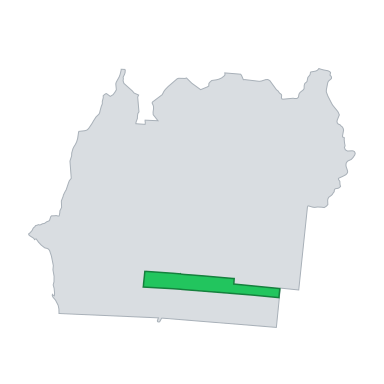 Delgo, Northern, Sudan shown in context, rotated 184°
{"feature_id": "16777658B54397395103229", "entity_name": "Delgo", "entity_type": "district", "adm_level": 2, "iso_a3": "SDN", "parent_name": "Sudan", "parent_adm1": "Northern", "projection": "albers", "projection_center": [29.933, 20.083], "detail": "fine", "context": "in_parent", "style": "filled", "palette": "green", "viewbox_px": 384, "rotation_deg": 184, "n_neighbors": 0, "source": "geoboundaries", "source_scale": "gbopen_adm2", "svg_char_len": 4201}
<svg xmlns="http://www.w3.org/2000/svg" viewBox="0 0 384 384"><g transform="rotate(184 192 192)"><path d="M271.2,309.5L267.5,309.6L267.1,308.8L267.1,306.4L267.5,304.7L268.7,301.8L268.4,300.3L268.5,298.1L267.5,295.6L258.5,288.6L256.7,286.7L252.0,285.0L252.8,282.9L250.5,268.2L251.5,266.5L251.7,263.9L251.6,261.6L252.7,257.8L252.8,256.2L243.5,256.2L243.4,257.9L243.8,259.7L243.8,260.4L230.9,260.7L236.1,266.4L236.4,268.9L236.2,272.1L236.3,274.1L236.6,275.4L238.0,278.0L237.9,278.5L237.6,279.1L228.5,287.0L227.0,290.5L225.8,292.4L223.1,295.6L214.7,303.9L213.3,304.5L206.8,304.8L206.2,305.0L205.7,305.4L205.4,305.3L199.8,300.5L190.5,294.7L184.4,297.7L182.7,298.8L182.7,301.6L181.7,303.0L180.1,304.6L175.5,305.6L173.1,306.4L170.3,307.9L167.5,310.5L167.3,311.9L167.6,313.1L151.8,312.9L150.8,311.9L148.6,307.6L147.0,307.8L132.6,307.1L130.6,307.5L126.4,309.2L124.3,309.5L122.2,308.6L114.9,299.9L113.3,298.9L111.6,296.8L110.0,295.8L109.5,295.2L109.3,294.3L109.4,292.4L108.9,291.2L107.8,290.9L97.6,292.6L96.2,292.4L94.0,292.6L93.3,293.0L92.4,294.1L92.2,296.4L91.9,297.6L91.1,298.9L88.1,301.7L87.4,302.9L87.5,306.1L87.2,307.7L86.8,308.4L85.5,309.6L85.0,310.3L84.4,314.4L82.7,316.8L82.3,317.7L82.2,319.5L81.9,320.0L77.2,321.2L75.5,322.1L74.4,323.4L74.1,324.0L72.1,323.5L69.6,323.0L64.8,322.4L63.0,321.7L62.1,320.7L62.5,318.2L62.0,317.7L61.3,317.2L60.8,316.1L60.9,314.8L63.6,312.1L64.2,310.6L65.1,303.4L65.0,301.2L63.1,297.1L58.8,290.0L57.8,288.5L52.3,282.6L51.7,281.7L50.4,279.2L52.1,274.0L52.3,272.5L51.9,271.0L50.6,269.8L49.3,269.6L47.7,268.1L46.6,267.4L45.7,266.1L45.1,264.3L45.8,258.1L45.5,257.3L44.1,257.0L43.8,256.5L43.9,255.3L43.3,251.7L42.5,248.7L43.1,247.1L42.0,244.8L39.7,243.7L35.1,244.3L33.7,244.1L32.8,243.6L32.2,242.7L31.9,241.8L32.2,240.3L33.7,237.7L35.4,235.6L38.7,233.8L39.6,232.7L40.2,231.6L40.3,230.2L40.2,228.8L39.8,227.5L39.0,225.7L38.2,223.6L38.2,222.3L38.7,221.3L39.6,220.1L42.9,218.0L46.3,216.2L46.9,215.5L46.7,214.7L45.3,213.0L44.9,209.9L44.2,207.8L45.9,206.2L47.2,205.7L49.1,205.3L49.9,204.6L50.2,203.3L50.2,202.1L50.9,201.2L51.9,199.3L52.7,198.4L55.3,196.2L55.9,194.7L56.1,193.3L55.6,188.9L57.1,187.1L59.0,185.7L61.6,185.9L65.7,185.8L68.6,185.2L70.5,185.3L75.0,186.3L75.5,186.0L75.8,184.8L78.7,101.7L97.0,102.3L97.2,102.2L98.4,62.8L212.5,64.1L213.5,64.0L215.2,60.3L216.0,60.0L217.2,60.2L217.6,61.0L216.7,64.1L316.2,61.5L316.6,66.0L317.6,69.6L320.6,74.6L323.2,77.2L324.1,78.7L324.2,79.4L324.1,80.1L323.4,79.4L322.1,78.9L322.0,81.3L322.8,86.2L324.0,89.6L323.4,92.9L323.7,98.3L325.3,104.7L325.2,108.9L327.8,118.4L330.0,123.7L331.2,125.0L332.5,125.6L335.0,126.0L338.7,128.5L341.7,131.3L342.8,132.7L344.2,134.3L345.2,134.0L345.7,133.5L346.7,134.8L351.4,137.4L352.1,138.7L350.6,140.1L348.8,142.5L348.0,144.6L347.5,145.3L346.1,146.7L345.9,147.4L345.2,147.8L344.5,147.9L343.0,148.7L341.6,148.5L340.2,149.0L339.7,149.5L338.6,150.0L337.1,150.3L334.8,152.2L332.8,153.1L332.1,153.9L331.2,157.5L330.5,158.4L327.4,158.7L325.9,159.0L323.9,158.7L322.9,158.8L322.7,159.6L322.4,162.6L322.5,163.9L321.0,167.5L321.7,173.9L320.2,178.8L320.1,179.9L318.5,183.8L317.7,185.3L315.8,192.6L315.1,194.8L313.4,197.2L315.9,214.3L314.6,219.6L314.7,222.5L313.8,226.8L313.0,228.8L311.7,231.2L310.6,233.9L309.8,237.4L309.3,244.0L309.0,244.6L303.5,245.6L301.7,246.2L300.6,246.9L299.2,248.7L296.5,253.4L295.1,256.3L292.9,260.3L290.3,263.1L289.7,264.4L289.3,266.9L288.5,270.9L287.6,273.7L287.8,276.0L287.1,279.9L287.3,281.8L286.3,282.9L285.1,283.9L284.2,284.2L280.2,281.7L277.5,283.6L275.9,286.1L274.6,288.7L275.5,294.1L275.5,295.2L275.1,296.5L272.6,301.9L271.9,304.3L271.2,308.5L271.2,309.5Z" fill="#d9dde1" stroke="#a8b0b8" stroke-width="1"/><path d="M234.0,93.8L233.3,93.8L204.2,94.2L198.1,94.2L196.3,94.2L196.1,94.2L195.6,94.1L124.4,93.4L97.9,92.7L97.9,94.5L97.7,99.9L97.7,101.0L97.7,101.8L143.9,103.1L143.9,108.6L144.0,108.6L145.2,108.6L146.3,108.6L174.6,109.1L176.2,109.1L186.3,109.2L193.9,109.2L197.2,109.3L197.5,109.5L197.8,109.7L198.0,109.5L204.8,109.6L211.2,109.6L211.9,109.6L216.9,109.6L217.7,109.6L227.3,109.6L231.8,109.6L232.9,109.5L233.5,109.5L233.5,108.5L233.6,106.9L233.6,105.5L233.8,99.8L233.8,99.6L233.9,98.0L233.9,96.9L233.9,95.0L234.0,93.8Z" fill="#22c55e" stroke="#15803d" stroke-width="1.5"/></g></svg>